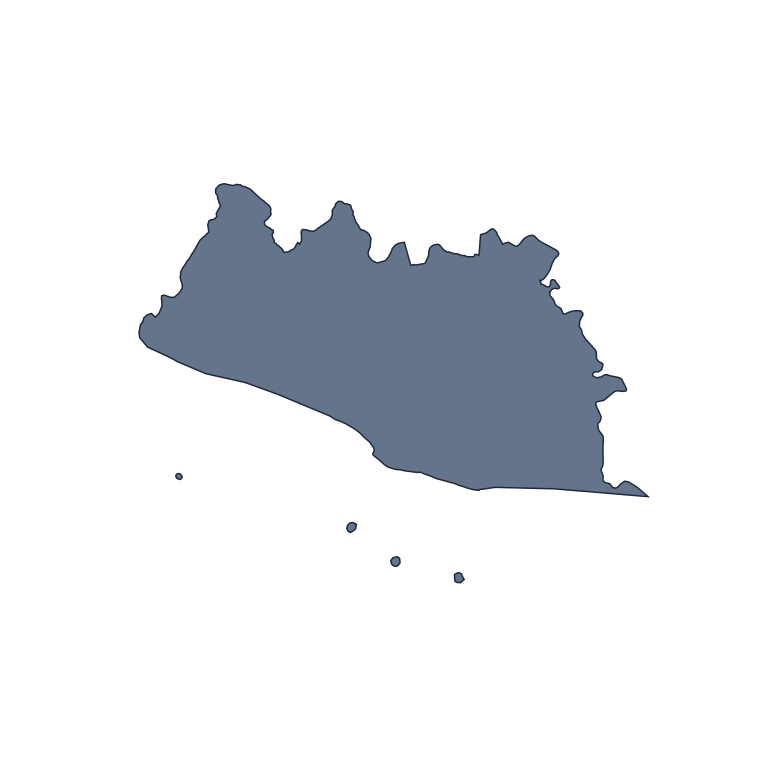 Kota Pariaman, Sumatera Barat, Indonesia (Mercator projection), rotated 319°
{"feature_id": "22746128B94413576870843", "entity_name": "Kota Pariaman", "entity_type": "district", "adm_level": 2, "iso_a3": "IDN", "parent_name": "Indonesia", "parent_adm1": "Sumatera Barat", "projection": "mercator", "projection_center": [100.144, -0.612], "detail": "fine", "context": "isolated", "style": "filled", "palette": "slate", "viewbox_px": 768, "rotation_deg": 319, "n_neighbors": 0, "source": "geoboundaries", "source_scale": "gbopen_adm2", "svg_char_len": 6151}
<svg xmlns="http://www.w3.org/2000/svg" viewBox="0 0 768 768"><g transform="rotate(319 384 384)"><path d="M509.4,642.2L507.4,628.3L504.4,618.6L503.5,617.3L501.7,615.2L496.8,614.7L493.3,615.2L490.6,614.8L490.2,614.0L490.0,613.9L488.7,612.2L488.9,607.4L488.1,606.1L486.6,604.2L486.0,602.8L486.0,600.3L488.5,597.9L489.7,595.7L490.2,594.0L491.7,590.9L493.7,589.9L494.2,589.9L494.6,589.7L497.2,587.8L507.7,575.4L511.3,571.8L512.7,570.2L514.8,567.4L515.2,566.6L515.6,562.4L515.5,561.3L516.2,558.6L518.1,555.6L519.7,554.1L522.3,554.0L525.5,552.1L525.8,551.6L526.4,550.9L528.2,545.5L529.4,540.7L530.8,537.9L531.0,537.8L531.4,537.2L532.4,537.0L533.7,537.5L535.5,538.4L538.7,540.4L539.4,540.5L544.6,540.7L550.2,540.8L552.9,540.9L555.5,542.0L559.2,546.1L561.2,547.5L562.5,548.0L563.2,547.4L563.9,546.4L566.5,536.5L566.4,535.1L565.2,532.8L561.6,528.1L560.3,526.6L559.2,524.6L558.4,523.3L557.1,522.1L553.4,521.2L552.3,521.2L551.5,520.4L548.9,519.1L547.6,517.0L547.1,514.9L547.3,514.2L548.0,513.5L548.9,513.1L550.2,513.0L551.4,513.5L554.1,515.6L555.9,515.9L558.1,515.7L561.3,513.6L562.2,512.7L562.3,511.6L560.9,508.3L560.8,507.1L561.0,505.0L561.2,503.9L562.8,502.2L565.2,499.1L565.4,498.6L565.8,496.6L565.7,485.8L565.4,483.5L565.6,481.8L566.5,476.3L568.5,472.8L568.8,471.2L569.1,468.9L569.7,468.0L570.5,467.4L572.5,465.4L574.0,464.4L576.8,463.3L578.8,462.7L579.8,461.9L580.5,460.8L580.4,457.8L577.0,454.7L573.8,452.5L571.3,451.4L569.7,451.0L567.4,450.1L566.3,450.0L565.8,449.5L565.4,448.4L565.7,447.7L565.7,447.2L566.0,446.5L567.0,443.2L566.8,441.9L566.0,440.1L565.6,438.2L565.5,436.3L565.9,435.1L566.4,434.1L567.1,432.2L567.3,429.6L567.3,426.6L568.0,424.9L569.9,423.4L572.6,422.7L575.3,423.5L577.5,426.0L578.7,426.5L579.8,426.5L580.5,424.3L580.3,421.9L580.7,419.9L581.0,418.0L580.5,416.8L579.1,415.4L578.4,415.5L576.7,416.2L574.4,418.5L573.2,418.8L571.9,418.7L570.5,417.2L570.0,415.2L569.0,412.9L567.9,411.9L569.3,409.8L569.6,408.0L570.6,408.9L571.9,409.3L573.3,409.4L576.8,409.0L580.4,408.1L584.6,406.5L590.5,403.1L595.3,401.3L599.1,401.3L601.4,400.4L601.9,399.1L602.1,397.7L601.6,395.3L597.3,383.9L596.1,381.0L594.9,376.7L594.6,371.5L593.6,369.1L590.6,367.2L586.5,366.3L583.4,366.4L580.3,367.1L576.3,367.5L573.8,366.7L572.9,364.5L572.9,364.3L572.6,363.8L570.9,358.6L567.3,356.9L565.0,356.2L565.7,354.9L567.2,347.8L567.3,346.0L568.5,343.6L568.5,339.6L567.4,337.7L564.9,337.3L560.3,337.1L554.9,334.6L540.2,349.1L539.4,347.7L537.7,345.8L536.9,346.5L535.3,346.7L533.7,345.6L530.0,342.2L529.2,340.1L526.5,337.4L525.3,334.7L524.6,333.6L523.0,332.2L521.3,330.0L519.6,326.7L518.6,326.2L517.1,322.8L517.1,315.4L516.3,313.8L513.7,312.2L512.4,311.6L509.6,311.3L507.4,311.7L504.7,313.4L501.9,316.3L496.1,319.1L493.9,319.8L485.8,314.9L485.0,313.5L482.1,312.0L492.3,290.3L487.6,287.6L484.4,286.6L479.1,287.2L476.2,289.0L470.2,291.2L465.9,291.8L459.9,289.0L459.5,288.7L458.1,288.0L456.3,283.6L456.1,281.4L456.3,277.8L457.5,275.2L459.3,273.6L463.3,271.6L464.6,270.4L469.7,265.5L470.8,261.4L470.8,258.6L469.2,254.0L467.9,253.1L468.0,252.3L467.8,251.2L468.5,248.3L469.2,243.1L470.0,240.2L471.2,238.0L471.7,235.2L472.7,234.7L474.0,233.5L474.1,232.6L474.0,231.7L476.1,227.1L474.4,224.1L474.2,223.5L472.7,222.7L471.8,218.6L469.8,216.4L469.4,216.3L466.3,216.1L463.3,217.9L460.7,218.4L458.5,219.2L456.7,221.8L452.5,224.4L449.2,224.6L436.5,223.2L436.4,223.1L433.6,223.1L431.1,222.5L427.9,219.3L427.3,217.6L426.1,216.2L423.7,213.8L421.4,214.7L418.2,219.0L416.3,220.9L415.9,221.7L413.3,222.6L412.1,223.2L411.8,220.7L411.4,220.7L404.5,223.0L402.3,222.0L401.6,221.9L400.4,222.1L399.3,221.5L398.2,221.2L396.3,220.3L395.7,219.6L395.2,219.3L395.1,217.7L395.4,216.9L395.6,214.5L395.1,210.6L394.5,208.8L394.7,208.0L394.6,207.0L394.3,206.2L394.0,204.6L395.1,204.0L395.6,203.6L395.6,202.0L396.8,199.0L397.6,198.2L397.9,197.4L398.9,197.4L400.0,197.1L400.9,196.0L401.3,195.1L400.2,193.8L400.4,192.3L400.2,191.5L398.3,186.7L399.0,184.6L400.1,183.4L400.6,182.9L401.0,183.0L401.5,182.7L402.7,183.1L403.8,183.2L410.0,182.0L411.2,179.9L413.6,177.4L414.4,174.6L413.2,166.3L412.5,164.2L410.8,148.8L408.4,143.6L407.0,142.2L406.3,139.4L404.2,137.5L403.8,136.6L401.4,135.8L399.8,134.7L394.7,127.9L392.6,126.8L390.1,125.8L384.7,126.5L382.2,129.5L381.8,132.8L380.0,135.2L379.7,136.6L378.5,138.9L377.6,142.2L370.4,144.8L369.3,145.3L368.5,146.3L367.8,147.9L364.3,148.3L363.5,147.9L363.1,147.9L362.4,147.3L360.7,146.4L358.9,146.0L354.9,148.7L354.9,149.2L351.4,154.4L347.7,154.5L346.4,154.7L342.0,154.6L339.1,154.9L334.1,156.6L328.6,158.7L326.4,159.4L326.0,159.3L318.0,162.0L316.8,161.8L311.0,163.8L308.9,164.0L307.1,164.9L303.8,166.2L302.5,167.8L300.0,169.9L296.7,177.0L295.4,178.3L294.9,179.1L289.6,180.9L282.5,181.0L279.5,178.1L276.4,172.7L275.9,172.3L273.9,171.6L271.2,174.6L270.1,176.5L269.4,177.2L269.0,178.1L267.1,179.8L262.1,182.3L261.4,182.6L259.9,183.3L255.2,183.5L255.0,179.5L254.7,178.2L252.7,177.2L250.3,176.5L246.3,176.5L243.0,178.6L239.1,179.5L232.8,184.5L230.2,188.5L230.0,189.2L229.8,201.2L232.9,208.0L240.6,225.4L242.9,232.0L256.5,259.6L280.0,291.5L296.8,321.6L322.1,372.6L323.9,378.9L326.1,382.5L329.2,389.3L332.5,399.0L333.7,405.5L334.1,411.8L335.1,418.3L334.4,424.7L333.9,426.7L332.4,428.1L329.9,429.2L329.2,430.9L330.7,439.1L331.3,444.3L332.1,448.3L333.9,451.6L336.7,456.0L338.7,458.1L340.1,459.3L340.3,459.8L342.7,463.1L351.1,472.6L354.4,475.3L354.7,476.8L359.2,484.9L361.5,489.7L370.0,502.5L371.3,504.1L374.2,509.8L376.9,514.1L378.8,517.5L380.3,519.6L381.2,521.2L383.2,523.6L385.7,526.4L386.4,526.7L387.3,526.3L388.7,527.6L400.2,535.0L443.7,574.8L506.7,639.5L509.4,642.2ZM316.3,584.1L317.0,580.2L318.0,578.2L316.3,575.0L312.3,574.0L309.8,576.9L308.1,579.7L309.1,581.9L311.3,584.1L316.3,584.1ZM267.5,474.7L271.0,472.0L270.0,468.5L267.5,466.6L264.3,466.6L261.1,468.5L260.3,471.5L261.1,474.0L264.3,474.7L267.5,474.7ZM278.9,529.4L281.4,525.7L280.6,523.0L276.7,521.0L273.2,521.7L271.7,524.7L271.7,526.9L273.2,529.4L275.7,530.2L278.9,529.4ZM169.6,322.3L170.9,321.5L171.2,320.3L171.2,318.6L170.7,317.3L169.8,316.5L168.4,316.0L167.0,316.5L166.4,317.2L166.0,317.5L165.9,319.5L166.5,320.4L166.7,321.5L167.3,322.0L168.3,322.4L169.6,322.3Z" fill="#64748b" stroke="#1e293b" stroke-width="1.5"/></g></svg>